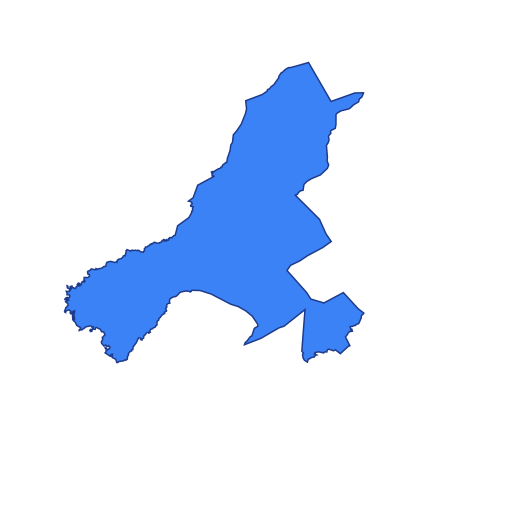 the district of Norðurþing, Norðurland eystra, Iceland, rotated 232°
{"feature_id": "244011B18729557885943", "entity_name": "Norðurþing", "entity_type": "district", "adm_level": 2, "iso_a3": "ISL", "parent_name": "Iceland", "parent_adm1": "Norðurland eystra", "projection": "orthographic", "projection_center": [-16.378, 66.009], "detail": "fine", "context": "isolated", "style": "filled", "palette": "blue", "viewbox_px": 512, "rotation_deg": 232, "n_neighbors": 0, "source": "geoboundaries", "source_scale": "gbopen_adm2", "svg_char_len": 6004}
<svg xmlns="http://www.w3.org/2000/svg" viewBox="0 0 512 512"><g transform="rotate(232 256 256)"><path d="M347.2,113.4L345.1,112.4L344.1,113.2L342.7,112.6L342.5,110.2L344.9,107.4L342.6,105.4L342.2,106.0L341.3,105.5L341.2,104.6L342.5,104.4L342.6,102.4L341.2,101.0L341.0,100.3L341.2,99.4L340.9,98.7L342.3,98.6L342.6,99.4L342.3,100.1L343.8,99.7L344.0,98.8L343.6,97.6L342.0,97.7L342.5,96.8L342.2,96.5L342.5,95.6L341.5,93.7L344.5,91.9L345.6,92.5L346.3,90.8L345.5,90.0L344.1,90.7L343.4,88.6L344.1,89.2L346.7,88.2L348.1,89.2L348.9,88.8L347.0,87.7L344.6,88.8L343.7,88.4L343.2,87.6L344.0,85.7L345.0,84.8L342.5,84.1L341.9,83.2L340.1,85.0L338.9,84.5L338.2,83.4L338.8,82.0L339.3,82.0L339.1,81.1L340.0,80.8L339.8,79.1L339.3,78.6L337.7,80.1L339.0,81.1L339.0,81.8L337.0,81.4L337.6,81.0L336.7,80.0L336.8,79.4L337.5,80.0L337.2,77.8L334.2,78.4L332.8,77.5L332.3,74.3L330.2,71.0L329.1,70.8L328.9,71.0L329.5,71.0L329.3,74.1L328.3,75.7L327.0,75.9L325.1,74.4L324.2,74.7L324.0,75.3L324.4,74.6L326.6,75.9L325.0,76.0L324.8,79.0L324.3,79.4L323.3,78.0L323.6,77.3L322.9,77.8L321.9,76.6L322.1,76.0L321.4,75.8L321.9,75.4L321.2,74.7L320.3,74.4L320.3,75.2L319.5,75.2L318.0,74.3L317.0,72.4L315.0,72.8L311.7,72.0L307.6,73.6L306.8,73.0L306.7,71.3L306.1,70.8L305.8,72.3L304.8,73.8L305.1,75.3L304.8,76.3L305.0,78.1L303.2,82.0L302.2,83.0L300.3,82.9L301.4,83.2L300.3,84.1L298.6,80.8L299.7,80.4L299.9,81.2L299.8,79.4L298.5,79.0L297.7,80.3L298.8,81.5L298.6,82.8L297.2,84.1L298.3,85.4L297.7,86.4L293.9,88.2L291.4,87.7L290.0,89.2L286.8,88.5L286.8,87.0L286.3,86.1L286.6,84.8L284.7,83.9L283.5,81.2L282.3,80.6L278.8,80.7L278.3,81.8L278.5,82.7L276.5,82.7L275.9,84.0L276.2,84.6L274.2,84.9L273.5,84.0L273.3,83.4L273.6,83.3L273.2,82.5L273.5,82.1L273.5,81.0L274.2,81.1L274.2,80.1L272.4,78.2L272.5,77.5L266.5,79.5L266.4,80.1L267.3,80.2L267.6,81.1L267.0,82.4L264.6,80.2L260.9,81.9L257.7,80.7L257.3,81.3L257.0,83.5L254.8,87.3L254.9,88.9L254.0,89.3L253.9,90.9L256.2,93.3L256.5,94.7L257.6,95.3L258.2,97.3L257.8,99.6L258.7,100.2L258.1,101.3L260.0,103.2L261.3,108.1L263.8,113.1L262.8,114.2L261.6,114.4L261.2,113.6L260.0,114.4L260.6,115.4L260.5,116.9L262.1,118.5L262.2,120.7L262.8,121.7L262.7,123.2L261.1,125.8L262.3,126.1L263.1,127.9L262.4,129.5L262.6,130.8L262.0,132.5L262.5,133.5L262.5,135.3L265.4,137.8L265.4,139.9L266.6,141.4L266.5,142.8L267.3,145.1L267.2,147.5L266.9,148.6L268.2,149.1L267.7,151.1L267.9,151.9L270.3,152.4L270.9,155.1L270.8,154.3L271.4,154.3L272.7,156.1L272.6,157.9L271.9,159.0L273.5,159.8L275.2,161.8L274.8,165.5L273.7,167.3L273.4,168.9L274.0,173.2L273.9,174.6L271.9,178.7L270.0,181.0L268.0,182.2L268.1,183.4L268.6,183.8L268.3,184.6L263.2,190.7L253.7,197.2L233.6,206.4L227.0,210.9L219.0,214.2L210.9,216.0L201.7,215.4L199.7,214.4L199.5,213.4L200.0,211.3L199.8,209.8L195.5,203.4L196.0,202.1L194.4,195.8L194.6,194.6L193.2,192.3L188.1,209.1L185.2,230.0L183.4,234.8L183.6,261.6L152.9,233.6L150.2,233.5L149.7,232.0L146.5,230.3L144.0,230.0L140.7,231.2L142.6,233.6L141.9,235.4L142.1,235.9L141.7,237.6L140.5,239.8L141.2,241.5L140.7,242.8L142.7,241.6L143.2,242.5L142.4,242.5L143.1,242.8L143.2,243.8L141.8,246.5L137.9,249.7L138.3,250.8L136.8,252.8L138.1,254.2L137.8,256.0L133.6,258.7L133.2,260.8L127.1,262.3L128.0,273.1L127.5,274.7L137.2,276.7L137.8,279.7L138.6,280.9L138.8,283.1L137.4,285.7L139.4,286.4L139.4,285.2L142.4,286.7L141.0,289.0L141.1,289.8L140.1,291.5L140.2,293.4L139.5,295.3L142.4,300.8L143.7,301.8L144.3,303.5L144.2,304.6L144.6,305.8L151.7,304.0L173.4,302.3L177.2,280.6L188.3,272.7L196.1,273.4L225.5,271.5L227.4,277.5L225.2,287.5L224.5,297.0L221.6,313.6L221.1,324.2L230.4,324.8L245.9,328.6L279.8,324.4L279.1,326.7L279.9,328.6L280.0,331.2L278.8,333.5L282.9,337.9L283.4,341.8L282.9,346.9L280.2,356.8L281.1,366.2L283.0,369.3L287.2,370.6L289.9,373.1L299.8,379.6L300.9,382.7L302.5,385.0L306.0,387.0L306.5,390.4L308.6,391.7L308.7,392.5L307.8,397.0L310.2,399.8L318.4,406.3L318.6,408.8L317.9,412.8L314.8,419.6L314.6,421.2L315.1,425.9L314.3,431.8L316.1,434.0L316.1,437.2L318.1,440.9L318.4,441.2L323.6,434.3L331.6,410.3L376.1,416.5L383.2,399.2L384.3,397.9L384.9,394.9L384.8,392.2L384.5,390.7L384.8,388.5L383.6,384.8L382.5,383.7L380.0,375.5L380.1,371.8L379.4,369.7L380.0,367.7L379.1,366.0L379.4,360.3L384.7,343.5L377.7,339.1L374.6,335.2L368.9,325.4L366.4,317.4L365.5,312.8L360.1,307.5L358.9,304.4L355.0,300.4L350.6,293.6L347.7,290.5L348.2,289.8L348.2,285.7L347.1,283.9L347.6,283.3L347.1,281.8L347.8,280.4L348.4,276.1L348.2,274.9L349.2,274.0L349.7,272.6L348.6,272.2L348.0,272.9L347.3,271.5L345.8,270.7L345.1,272.0L344.6,271.8L347.7,253.7L340.6,242.3L340.8,236.6L338.9,238.1L337.0,238.3L336.4,237.9L336.6,236.9L336.0,236.6L336.0,235.6L335.2,235.2L333.4,236.8L332.3,235.0L330.7,233.9L330.9,233.2L330.6,232.5L329.8,232.0L327.6,226.8L328.1,212.9L322.1,205.1L322.6,204.0L322.4,201.6L322.1,201.2L323.6,199.4L323.4,198.7L323.5,198.0L323.0,198.1L323.0,196.7L322.6,196.6L323.6,195.3L323.0,195.2L323.0,194.5L323.8,193.6L324.2,194.4L324.3,193.8L325.7,193.7L325.8,192.9L325.2,192.5L326.0,191.5L325.4,190.8L325.6,190.5L325.4,189.7L325.9,188.3L325.6,188.0L327.0,185.9L329.3,184.6L329.6,182.8L329.3,182.0L330.2,181.0L329.8,180.3L330.3,179.7L330.1,177.8L330.4,176.5L330.3,175.6L331.1,174.4L330.4,173.3L330.3,172.3L328.7,171.4L328.9,170.5L328.4,169.5L330.5,167.6L332.5,167.2L333.5,166.1L333.4,165.5L334.7,164.7L335.8,162.7L336.7,162.2L337.1,161.6L337.0,160.3L340.4,158.3L340.1,157.9L340.3,156.9L339.5,156.6L336.8,152.9L337.4,152.6L337.7,151.2L337.0,150.3L337.0,148.1L338.1,145.6L338.0,144.2L337.1,143.0L337.5,143.1L337.5,141.6L337.9,140.7L341.3,138.1L342.8,134.9L342.1,133.1L340.5,131.5L341.4,129.3L341.3,127.1L343.1,123.6L343.1,122.7L344.6,122.2L343.9,121.4L344.3,120.7L347.3,118.2L346.8,116.5L347.5,114.3L347.2,113.4ZM318.7,72.4L317.7,72.3L319.5,73.2L319.0,73.4L319.2,73.8L320.9,74.0L318.7,72.4ZM277.3,80.5L275.6,80.5L275.6,81.2L277.3,80.5ZM323.6,76.3L324.2,75.6L322.7,76.1L323.6,76.3ZM322.5,75.6L322.3,75.0L321.6,74.3L322.2,75.4L322.5,75.6ZM261.5,124.1L261.1,123.9L260.6,123.8L260.9,124.0L261.5,124.1Z" fill="#3b82f6" stroke="#1e3a8a" stroke-width="1.5"/></g></svg>